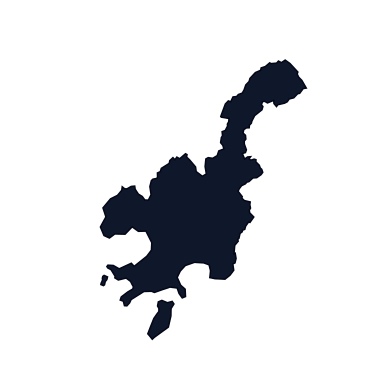 Ceiba, Puerto Rico, rotated 106°
{"feature_id": "32010507B71550850987381", "entity_name": "Ceiba", "entity_type": "district", "adm_level": 2, "iso_a3": "PRI", "parent_name": "Puerto Rico", "parent_adm1": "", "projection": "orthographic", "projection_center": [-65.662, 18.248], "detail": "fine", "context": "isolated", "style": "filled", "palette": "ink", "viewbox_px": 384, "rotation_deg": 106, "n_neighbors": 0, "source": "geoboundaries", "source_scale": "gbopen_adm2", "svg_char_len": 3560}
<svg xmlns="http://www.w3.org/2000/svg" viewBox="0 0 384 384"><g transform="rotate(106 192 192)"><path d="M60.6,110.8L54.5,117.1L52.2,121.1L49.6,123.4L47.5,123.3L41.5,133.2L39.5,138.8L43.0,141.7L42.3,145.0L44.8,146.2L46.8,151.5L46.4,152.9L51.2,156.1L53.6,159.7L56.1,159.6L59.7,164.0L66.8,167.6L70.1,167.6L74.2,169.8L79.7,170.1L83.1,171.0L85.5,174.3L87.9,175.4L89.3,178.8L94.6,179.7L94.4,182.2L98.2,184.2L111.5,185.2L112.0,184.5L111.1,176.7L114.3,176.1L117.0,176.7L118.8,176.0L123.7,177.0L125.7,179.7L129.4,178.2L131.6,178.8L136.7,178.1L138.6,175.3L141.8,173.2L145.1,177.6L150.1,177.8L152.4,180.0L153.9,181.4L154.5,185.9L156.4,187.8L164.0,186.4L170.7,183.2L174.0,186.4L171.2,193.6L166.9,195.5L161.7,203.3L159.9,206.8L157.4,207.1L157.0,208.8L163.4,213.0L162.6,216.2L165.7,217.3L164.2,219.8L167.9,222.0L170.8,221.8L177.7,228.0L181.2,228.1L183.2,230.5L187.7,229.1L188.9,230.1L190.4,233.1L192.3,234.2L198.4,234.0L205.9,230.6L211.8,231.7L212.7,235.1L210.0,238.6L208.8,243.0L205.0,247.4L202.1,248.7L203.4,252.0L206.8,255.3L207.5,257.5L206.2,260.5L209.7,260.0L215.8,262.7L221.0,268.4L231.8,273.2L238.3,268.8L239.7,267.9L248.0,269.8L250.9,270.4L258.1,264.6L259.0,258.7L256.8,257.0L254.1,255.0L253.6,254.6L251.0,244.7L242.0,239.9L242.1,239.6L243.0,237.1L244.6,232.7L244.2,231.5L242.3,225.5L251.8,216.7L259.0,215.0L263.0,216.5L266.3,217.8L279.4,227.1L277.2,230.7L285.9,240.8L284.3,247.4L285.5,252.7L287.1,253.3L288.2,252.1L289.0,248.4L294.2,242.7L295.8,242.5L296.9,238.6L292.9,231.6L294.9,226.4L296.3,225.1L297.0,224.5L299.3,222.2L301.6,222.2L305.7,226.1L306.2,226.5L312.1,230.9L312.5,231.1L315.7,231.2L315.9,227.9L319.9,225.6L319.4,223.2L315.7,221.4L312.2,220.9L300.9,210.8L298.6,203.6L298.9,200.4L293.9,193.4L290.6,188.5L289.5,187.1L288.4,179.8L292.1,177.2L293.2,176.4L296.5,172.2L294.3,169.4L287.3,171.8L286.9,172.6L284.7,177.2L280.3,180.9L278.2,182.7L271.3,181.5L265.4,178.6L264.5,178.1L258.9,170.2L258.5,168.3L256.9,161.2L257.3,155.5L262.6,152.5L266.4,151.8L269.4,151.3L269.2,149.3L269.0,146.0L267.8,141.0L266.7,136.2L266.2,135.9L263.3,133.8L261.4,132.5L255.7,130.3L249.9,132.9L248.3,131.1L246.7,131.2L243.8,131.3L238.9,133.6L239.7,134.6L231.5,136.2L226.5,134.0L225.2,135.0L223.6,134.1L218.6,134.4L216.5,132.8L214.7,132.8L213.4,131.0L210.0,131.0L205.2,129.3L205.3,127.9L199.0,125.7L196.1,130.8L193.7,131.9L191.4,131.3L188.3,132.9L185.5,133.3L185.8,139.3L184.2,142.4L182.6,142.4L178.6,147.9L175.9,147.5L172.3,146.1L169.5,143.0L167.4,142.0L166.3,140.1L161.7,137.3L160.4,133.7L156.3,130.4L153.6,129.4L151.0,131.2L150.0,133.1L147.7,134.7L145.4,138.9L143.3,139.4L143.3,141.4L145.2,144.3L144.4,146.3L141.9,145.4L143.0,148.3L145.8,150.5L141.1,154.2L139.4,151.5L136.5,151.3L131.5,154.9L128.7,155.8L126.3,154.8L122.8,156.2L121.2,159.2L117.8,159.4L115.4,157.4L114.5,154.7L112.0,155.2L109.5,153.9L107.3,154.0L101.3,152.8L93.7,147.4L90.3,147.4L89.0,149.3L85.7,149.1L84.8,147.1L85.6,144.0L81.4,138.7L84.4,137.6L86.6,134.3L84.5,133.6L81.1,127.5L79.0,125.3L75.8,124.2L73.4,120.1L68.4,117.5L67.5,115.7L61.9,113.6L60.6,110.8ZM304.6,178.5L302.6,180.9L305.2,185.1L304.5,191.1L306.9,194.1L311.1,193.7L312.9,191.9L313.1,191.7L316.0,190.9L318.4,191.9L319.0,192.1L323.7,193.7L323.9,193.8L332.6,194.7L340.5,195.4L341.8,193.4L344.5,189.6L342.0,188.1L328.4,177.5L328.2,177.5L326.4,177.6L317.1,178.1L316.6,178.2L312.2,179.4L310.5,179.8L309.9,180.0L304.6,178.5ZM296.9,249.8L296.4,253.5L297.7,254.5L299.7,254.4L300.9,253.8L302.9,253.9L304.6,254.2L306.1,254.1L306.4,251.3L305.3,250.5L302.0,250.7L299.9,249.8L299.7,249.7L296.9,249.8Z" fill="#0f172a" stroke="#020617" stroke-width="1.5"/></g></svg>